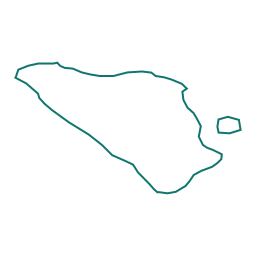 Härnösand, Västernorrland, Sweden
{"feature_id": "70781695B20063345867362", "entity_name": "Härnösand", "entity_type": "district", "adm_level": 2, "iso_a3": "SWE", "parent_name": "Sweden", "parent_adm1": "Västernorrland", "projection": "natural_earth1", "projection_center": [17.682, 62.713], "detail": "fine", "context": "isolated", "style": "outline", "palette": "teal", "viewbox_px": 256, "rotation_deg": 0, "n_neighbors": 0, "source": "geoboundaries", "source_scale": "gbopen_adm2", "svg_char_len": 903}
<svg xmlns="http://www.w3.org/2000/svg" viewBox="0 0 256 256"><path d="M57.4,62.7L53.5,63.5L38.4,63.5L28.4,65.7L18.3,69.7L15.8,77.1L15.4,77.6L16.2,78.1L26.2,83.4L38.0,93.6L39.3,98.0L44.7,103.9L52.2,110.2L68.7,122.2L88.8,134.6L102.1,145.1L112.2,155.2L126.3,161.4L133.1,164.7L138.0,172.4L149.3,183.9L154.1,189.4L157.6,192.4L158.4,192.1L167.6,193.3L175.8,191.8L185.5,186.0L189.6,181.1L193.7,175.0L201.4,170.8L212.1,166.8L217.3,163.1L221.3,159.2L221.8,154.3L212.6,149.8L207.0,147.7L202.9,144.9L198.8,136.7L200.8,126.1L196.7,118.3L193.6,113.1L187.5,107.7L183.4,99.9L182.4,91.7L186.8,88.6L181.8,83.8L171.4,79.5L164.5,77.4L155.7,76.0L151.3,72.6L142.0,71.5L127.5,72.4L113.4,76.0L99.8,76.0L90.5,74.5L81.7,72.4L72.8,68.6L64.8,67.9L60.4,66.0L57.6,63.2L57.4,62.7ZM218.5,119.5L217.4,126.8L218.6,132.6L229.6,133.3L240.6,129.9L238.9,119.9L227.8,116.8L218.5,119.5Z" fill="none" stroke="#0f766e" stroke-width="2"/></svg>